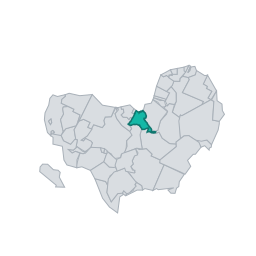 Cameroon on a map of Africa (Albers equal-area conic projection), rotated 116°
{"feature_id": "CMR", "entity_name": "Cameroon", "entity_type": "country or territory", "adm_level": 0, "iso_a3": "CMR", "parent_name": "Africa", "parent_adm1": "", "projection": "albers", "projection_center": [12.994, 7.377], "detail": "fine", "context": "in_parent", "style": "filled", "palette": "teal", "viewbox_px": 256, "rotation_deg": 116, "n_neighbors": 49, "source": "natural_earth", "source_scale": "50m", "svg_char_len": 13342}
<svg xmlns="http://www.w3.org/2000/svg" viewBox="0 0 256 256"><g transform="rotate(116 128 128)"><path d="M168.9,134.9L182.6,143.2L183.1,152.4L186.2,156.6L184.3,158.0L171.7,160.2L169.4,155.3L161.7,153.1L158.7,148.8L157.8,144.0L161.3,141.1L160.2,135.7L168.9,134.9Z" fill="#d9dde1" stroke="#a8b0b8" stroke-width="1"/><path d="M66.2,65.8L66.0,69.3L58.3,68.8L58.1,74.8L55.9,74.9L55.5,79.6L45.6,79.7L55.9,64.6L66.2,65.8Z" fill="#d9dde1" stroke="#a8b0b8" stroke-width="1"/><path d="M157.8,144.0L161.7,153.1L156.7,153.7L156.0,161.5L159.2,162.3L159.5,164.8L152.9,161.1L140.1,160.3L138.9,151.3L134.7,150.5L132.0,153.0L128.1,153.3L125.2,148.0L114.8,147.9L118.3,144.7L120.8,145.9L124.4,142.4L128.4,134.7L130.5,123.3L132.7,121.2L140.0,123.6L147.9,120.4L152.1,120.3L154.8,122.5L157.9,121.6L161.8,127.4L158.7,131.5L157.8,144.0Z" fill="#d9dde1" stroke="#a8b0b8" stroke-width="1"/><path d="M188.1,135.6L185.9,124.7L188.5,121.0L195.3,118.6L201.7,110.7L191.5,108.5L188.5,105.3L189.8,103.0L193.5,105.2L208.9,100.1L207.2,110.0L202.3,120.0L188.1,135.6Z" fill="#d9dde1" stroke="#a8b0b8" stroke-width="1"/><path d="M182.6,143.2L168.9,134.9L171.3,127.7L168.5,122.1L171.5,118.8L178.7,123.2L187.9,121.8L185.9,124.7L188.1,135.6L182.6,143.2Z" fill="#d9dde1" stroke="#a8b0b8" stroke-width="1"/><path d="M145.0,113.1L143.2,112.0L142.3,111.3L142.5,108.5L138.4,102.4L140.9,94.8L142.9,94.9L142.6,84.2L145.3,84.2L145.2,79.4L173.2,78.2L175.1,86.3L177.4,87.7L173.9,90.4L172.9,98.8L168.4,106.3L167.9,111.1L164.5,102.4L161.4,108.6L158.1,107.5L155.7,109.8L150.3,109.9L146.1,108.0L143.4,112.1L145.0,113.1Z" fill="#d9dde1" stroke="#a8b0b8" stroke-width="1"/><path d="M142.6,85.2L142.9,94.9L140.9,94.8L138.4,102.4L140.7,106.0L128.9,114.2L122.4,115.4L119.1,110.2L122.8,109.1L120.7,100.8L118.1,98.3L122.2,92.7L123.7,83.6L121.2,77.7L123.6,76.4L142.6,85.2Z" fill="#d9dde1" stroke="#a8b0b8" stroke-width="1"/><path d="M125.6,199.1L126.9,198.1L131.2,200.0L135.0,198.8L134.9,191.1L137.5,195.4L139.4,195.1L143.8,192.0L150.0,192.3L159.6,184.7L164.1,184.9L166.3,189.3L166.1,192.4L164.1,192.3L163.2,194.5L164.8,195.5L168.8,194.2L167.4,198.4L157.2,206.8L150.8,209.2L142.2,209.3L135.6,211.2L131.1,210.0L130.6,205.2L125.6,199.1ZM158.9,199.2L156.5,199.0L153.7,201.2L156.7,202.4L158.9,199.2Z" fill="#d9dde1" stroke="#a8b0b8" stroke-width="1"/><path d="M158.9,199.2L156.7,202.4L153.7,201.2L156.5,199.0L158.9,199.2Z" fill="#d9dde1" stroke="#a8b0b8" stroke-width="1"/><path d="M164.1,184.9L155.8,183.5L148.5,175.4L153.1,175.7L161.2,169.9L167.9,172.4L167.8,180.4L164.1,184.9Z" fill="#d9dde1" stroke="#a8b0b8" stroke-width="1"/><path d="M159.6,184.7L150.0,192.3L143.8,192.0L139.4,195.1L137.5,195.4L134.9,191.1L134.8,184.8L137.3,184.7L137.3,176.8L148.5,175.4L155.8,183.5L159.6,184.7Z" fill="#d9dde1" stroke="#a8b0b8" stroke-width="1"/><path d="M134.8,184.8L135.0,198.8L131.2,200.0L126.9,198.1L125.6,199.1L122.6,196.1L120.1,185.5L113.6,174.8L148.0,175.1L137.3,176.8L137.3,184.7L134.8,184.8Z" fill="#d9dde1" stroke="#a8b0b8" stroke-width="1"/><path d="M45.3,97.8L43.3,94.9L47.1,90.9L50.8,90.8L56.3,96.0L57.6,101.4L45.1,100.8L44.9,98.9L52.1,98.5L45.3,97.8Z" fill="#d9dde1" stroke="#a8b0b8" stroke-width="1"/><path d="M57.6,101.4L56.3,96.0L57.6,94.1L72.3,94.6L71.1,71.7L74.7,71.8L93.4,85.0L93.4,86.6L96.0,86.4L94.4,95.1L83.0,96.3L75.8,99.7L72.1,107.2L65.8,107.3L63.4,102.0L60.8,103.0L57.6,101.4Z" fill="#d9dde1" stroke="#a8b0b8" stroke-width="1"/><path d="M45.6,79.7L55.5,79.6L55.9,74.9L58.1,74.8L58.3,68.8L66.0,69.3L66.2,65.8L74.7,71.8L71.1,71.7L72.3,94.6L57.6,94.1L56.3,96.0L50.8,90.8L46.3,91.6L47.3,82.0L45.6,79.7Z" fill="#d9dde1" stroke="#a8b0b8" stroke-width="1"/><path d="M91.6,118.0L89.5,118.3L89.2,110.9L87.1,107.5L92.3,103.2L94.5,107.0L91.8,112.5L91.6,118.0Z" fill="#d9dde1" stroke="#a8b0b8" stroke-width="1"/><path d="M121.2,77.7L123.7,83.6L122.2,92.7L118.1,98.3L120.7,100.8L119.7,102.9L117.0,100.2L107.2,102.0L98.6,99.4L95.4,100.1L94.1,104.7L87.9,101.6L86.5,96.5L94.4,95.1L96.0,86.4L114.5,76.2L119.5,78.6L121.2,77.7Z" fill="#d9dde1" stroke="#a8b0b8" stroke-width="1"/><path d="M91.6,118.0L96.0,99.6L107.2,102.0L117.0,100.2L120.6,103.9L113.8,116.5L107.6,117.8L105.8,121.9L99.3,123.1L95.6,118.1L91.6,118.0Z" fill="#d9dde1" stroke="#a8b0b8" stroke-width="1"/><path d="M87.5,106.2L89.5,118.3L87.5,118.7L85.2,106.8L87.5,106.2Z" fill="#d9dde1" stroke="#a8b0b8" stroke-width="1"/><path d="M85.4,106.1L87.5,118.7L77.9,120.7L78.2,106.0L85.4,106.1Z" fill="#d9dde1" stroke="#a8b0b8" stroke-width="1"/><path d="M65.8,107.3L70.2,106.8L78.3,109.3L77.9,120.7L65.9,121.8L66.4,118.5L63.9,116.5L65.8,107.3Z" fill="#d9dde1" stroke="#a8b0b8" stroke-width="1"/><path d="M52.4,100.7L60.8,103.0L63.4,102.0L65.8,107.3L64.9,113.5L62.5,114.4L61.4,111.2L59.5,111.6L58.2,107.4L52.9,109.9L48.7,104.3L52.4,100.7Z" fill="#d9dde1" stroke="#a8b0b8" stroke-width="1"/><path d="M45.1,100.8L52.4,100.7L52.1,102.6L48.7,104.3L45.1,100.8Z" fill="#d9dde1" stroke="#a8b0b8" stroke-width="1"/><path d="M64.5,113.5L63.9,116.5L66.4,118.5L65.9,121.8L57.0,115.4L60.2,111.5L62.5,114.4L64.5,113.5Z" fill="#d9dde1" stroke="#a8b0b8" stroke-width="1"/><path d="M52.9,109.9L58.2,107.4L60.2,111.5L57.0,115.4L52.9,109.9Z" fill="#d9dde1" stroke="#a8b0b8" stroke-width="1"/><path d="M72.1,107.2L75.1,100.3L83.0,96.3L86.5,96.5L87.9,101.6L90.7,102.2L87.5,106.2L78.2,106.0L78.3,109.3L72.1,107.2Z" fill="#d9dde1" stroke="#a8b0b8" stroke-width="1"/><path d="M152.1,120.3L144.9,120.8L140.0,123.6L132.7,121.2L130.3,125.0L127.0,124.5L124.3,128.2L120.4,120.3L122.4,115.4L128.9,114.2L140.7,106.0L142.3,111.3L152.1,120.3Z" fill="#d9dde1" stroke="#a8b0b8" stroke-width="1"/><path d="M130.3,125.0L128.4,134.7L124.4,142.4L120.8,145.9L115.9,144.6L114.1,146.0L112.0,143.5L114.0,142.1L113.0,140.5L115.8,138.5L119.3,139.8L120.4,137.0L118.9,133.7L120.0,130.8L117.5,130.5L117.0,128.2L124.1,129.5L127.0,124.5L130.3,125.0Z" fill="#d9dde1" stroke="#a8b0b8" stroke-width="1"/><path d="M112.6,128.2L116.7,128.0L117.5,130.5L120.0,130.8L118.9,133.7L120.4,137.0L119.3,139.8L115.8,138.5L113.0,140.5L114.0,142.1L112.0,143.5L106.4,136.4L108.1,131.2L112.6,131.1L112.6,128.2Z" fill="#d9dde1" stroke="#a8b0b8" stroke-width="1"/><path d="M108.5,128.1L112.6,128.2L112.6,131.1L108.1,131.2L108.5,128.1Z" fill="#d9dde1" stroke="#a8b0b8" stroke-width="1"/><path d="M161.7,153.1L168.2,156.0L167.2,165.5L168.6,166.1L160.9,168.3L161.2,169.9L153.1,175.7L143.2,175.0L139.7,171.8L139.6,164.5L145.0,164.4L144.6,159.8L152.9,161.1L159.5,164.8L159.2,162.3L156.0,161.5L156.0,155.3L157.3,153.4L161.7,153.1Z" fill="#d9dde1" stroke="#a8b0b8" stroke-width="1"/><path d="M166.9,155.0L170.9,157.0L172.0,165.0L175.0,167.2L173.5,172.3L171.8,167.4L167.2,165.5L168.9,158.0L166.9,155.0Z" fill="#d9dde1" stroke="#a8b0b8" stroke-width="1"/><path d="M171.7,160.2L179.1,159.9L186.2,156.6L188.0,166.7L184.9,171.5L173.2,179.0L175.4,188.4L169.2,191.3L168.8,194.2L166.8,194.3L164.1,184.9L167.8,180.4L167.9,172.4L161.4,170.8L160.9,168.3L168.6,166.1L171.8,167.4L173.5,172.3L175.0,167.2L172.0,165.0L171.7,160.2Z" fill="#d9dde1" stroke="#a8b0b8" stroke-width="1"/><path d="M166.8,194.3L164.8,195.5L163.2,194.5L164.1,192.3L166.8,194.3Z" fill="#d9dde1" stroke="#a8b0b8" stroke-width="1"/><path d="M114.1,146.0L115.9,145.9L114.8,147.9L114.1,146.0ZM115.1,148.6L125.2,148.0L128.1,153.3L132.0,153.0L134.7,150.5L138.9,151.3L140.1,160.3L144.9,160.5L145.0,164.4L139.6,164.5L139.7,171.8L143.2,175.0L113.6,174.8L118.7,161.0L115.1,148.6Z" fill="#d9dde1" stroke="#a8b0b8" stroke-width="1"/><path d="M160.5,138.8L161.3,141.1L157.8,144.0L156.9,140.0L160.5,138.8Z" fill="#d9dde1" stroke="#a8b0b8" stroke-width="1"/><path d="M209.0,159.0L212.7,167.2L210.9,167.4L205.9,188.2L201.6,189.9L197.9,188.9L195.8,184.3L198.2,176.8L196.6,172.3L197.6,169.5L202.3,168.2L209.0,159.0Z" fill="#d9dde1" stroke="#a8b0b8" stroke-width="1"/><path d="M44.9,98.9L49.2,97.4L52.1,98.5L44.9,98.9Z" fill="#d9dde1" stroke="#a8b0b8" stroke-width="1"/><path d="M108.7,60.3L104.2,51.8L106.3,45.6L108.8,44.8L110.4,46.1L112.3,45.4L110.3,51.3L113.3,54.0L108.7,60.3Z" fill="#d9dde1" stroke="#a8b0b8" stroke-width="1"/><path d="M66.2,65.8L66.4,62.5L83.8,55.4L82.0,48.9L84.2,47.8L90.4,46.1L106.3,45.6L104.2,51.8L107.7,56.2L109.4,62.3L108.2,70.0L110.5,74.1L114.5,76.2L99.4,85.4L93.4,86.6L93.4,85.0L66.2,65.8Z" fill="#d9dde1" stroke="#a8b0b8" stroke-width="1"/><path d="M173.2,96.7L173.9,90.4L177.4,87.7L179.8,92.6L189.4,99.9L187.7,100.4L181.8,95.9L173.2,96.7Z" fill="#d9dde1" stroke="#a8b0b8" stroke-width="1"/><path d="M55.9,64.6L64.4,59.9L65.3,54.0L71.0,50.8L73.4,47.3L82.0,48.9L83.8,55.4L66.4,62.5L66.3,65.2L55.9,64.6Z" fill="#d9dde1" stroke="#a8b0b8" stroke-width="1"/><path d="M173.2,78.2L145.2,79.4L145.0,57.1L153.7,58.4L158.4,56.7L160.8,58.0L166.1,57.1L167.8,60.9L166.2,64.9L161.7,60.6L170.2,73.8L169.9,75.8L173.2,78.2Z" fill="#d9dde1" stroke="#a8b0b8" stroke-width="1"/><path d="M144.4,56.4L145.3,84.2L142.6,85.2L123.6,76.4L119.5,78.6L110.5,74.1L108.2,70.0L109.8,57.9L113.3,54.0L122.0,55.9L123.1,57.9L131.0,60.3L135.0,54.8L144.4,56.4Z" fill="#d9dde1" stroke="#a8b0b8" stroke-width="1"/><path d="M201.7,110.7L195.3,118.6L182.3,123.4L173.8,121.3L165.5,113.4L173.2,96.7L176.0,97.0L176.6,95.2L185.7,98.3L187.7,100.4L186.5,104.2L189.0,104.4L191.5,108.5L201.7,110.7Z" fill="#d9dde1" stroke="#a8b0b8" stroke-width="1"/><path d="M187.7,100.4L190.0,100.7L189.0,104.4L186.5,104.2L187.7,100.4Z" fill="#d9dde1" stroke="#a8b0b8" stroke-width="1"/><path d="M168.9,134.9L158.1,136.3L161.8,123.5L168.5,122.1L169.8,123.7L171.3,127.7L168.9,134.9Z" fill="#d9dde1" stroke="#a8b0b8" stroke-width="1"/><path d="M160.2,135.7L161.2,138.5L156.9,140.0L157.5,137.0L160.2,135.7Z" fill="#d9dde1" stroke="#a8b0b8" stroke-width="1"/><path d="M160.8,124.2L157.9,121.6L153.7,122.3L143.4,112.1L147.9,107.6L150.3,109.9L155.7,109.8L158.1,107.5L161.4,108.6L163.8,105.4L163.0,103.2L165.7,102.6L167.9,111.1L165.5,113.4L171.5,118.8L167.1,123.3L160.8,124.2Z" fill="#d9dde1" stroke="#a8b0b8" stroke-width="1"/><path d="M105.9,122.0L106.0,121.8L106.1,121.6L106.3,121.3L106.5,120.9L106.7,120.2L106.8,119.8L106.9,119.4L107.0,119.1L107.2,118.9L107.6,118.5L107.9,118.1L108.1,118.0L108.2,117.9L108.4,117.8L108.6,117.6L108.8,117.3L108.9,117.0L109.0,117.0L109.2,116.9L109.6,116.6L109.8,116.5L110.0,116.7L110.2,116.8L110.5,116.8L110.7,116.7L110.8,116.6L110.8,116.4L111.0,116.3L111.3,116.5L111.6,116.8L111.8,117.0L112.0,117.2L112.1,117.7L112.2,117.8L112.3,117.9L112.5,117.8L112.7,117.7L112.9,117.6L113.1,117.5L113.2,117.3L113.3,117.2L113.3,116.8L113.3,116.7L113.5,116.6L113.9,116.3L114.0,116.2L113.9,116.0L113.8,115.8L113.9,115.6L114.0,115.5L114.4,115.0L114.4,114.9L114.4,114.7L114.8,114.1L114.9,113.4L115.0,113.3L115.1,113.0L115.4,112.5L115.8,112.5L116.0,112.3L116.2,112.2L116.3,112.0L116.4,111.8L116.4,111.5L116.5,111.1L116.5,110.8L116.7,110.5L116.9,110.3L117.3,110.2L117.4,109.9L117.4,109.5L117.4,109.3L117.4,109.1L117.5,109.0L117.8,108.6L118.0,108.1L118.1,107.6L118.5,106.9L119.0,106.2L119.4,106.0L119.6,106.0L119.7,105.9L120.2,105.6L120.4,105.5L120.6,105.4L120.7,105.1L120.6,104.8L120.7,104.5L120.7,104.1L120.8,103.8L120.7,103.7L120.5,103.4L120.2,103.3L119.9,103.2L119.7,103.2L119.7,102.9L119.6,102.6L119.4,101.4L119.8,101.4L120.4,101.6L120.5,101.7L120.6,102.1L120.7,102.3L121.1,102.5L121.3,102.9L121.4,103.4L121.6,103.8L121.8,104.3L121.9,104.5L121.9,104.8L121.9,105.0L122.0,105.2L121.8,105.7L121.8,105.9L121.7,106.3L121.8,106.9L122.0,107.4L122.2,107.8L122.4,108.2L122.7,108.5L123.0,108.8L123.3,109.0L123.0,109.1L122.5,109.1L122.2,109.1L121.9,109.1L121.3,109.2L120.7,109.2L120.2,109.1L119.8,109.1L119.6,109.3L119.4,109.6L119.2,109.8L119.3,110.1L119.7,110.5L119.9,110.8L120.1,111.0L120.6,111.5L121.0,111.8L121.3,112.0L121.6,112.2L122.0,112.6L122.3,113.2L122.6,113.8L122.8,114.3L123.1,114.5L123.1,114.8L123.0,115.0L122.9,115.2L122.6,115.6L122.3,115.8L122.2,116.0L122.1,116.3L121.9,116.7L121.8,117.0L121.7,117.1L121.4,117.6L121.2,118.0L121.1,118.3L120.6,118.5L120.4,118.6L120.3,118.8L120.4,119.0L120.5,119.2L120.8,119.3L120.8,120.2L120.7,120.3L120.7,120.6L120.7,120.8L120.8,120.9L120.9,121.0L120.9,121.3L121.0,122.2L121.1,122.4L121.2,122.5L121.5,122.7L121.8,123.0L122.0,123.5L122.1,123.8L121.9,123.8L121.9,124.0L122.1,124.3L122.3,124.6L122.6,125.0L122.9,125.2L123.2,125.5L123.4,125.8L123.7,126.0L123.9,126.1L124.0,126.1L124.1,126.3L124.3,126.4L124.4,126.6L124.4,126.9L124.4,127.1L124.5,127.2L124.5,127.3L124.5,127.6L124.6,127.9L124.7,128.1L124.7,128.3L124.4,128.5L124.4,128.8L124.5,129.0L124.6,129.3L124.6,129.5L124.4,129.6L124.2,129.4L123.6,129.0L123.3,128.9L122.8,128.9L122.6,129.0L122.5,128.9L122.3,128.8L122.2,128.7L122.0,128.8L121.9,128.8L121.5,128.8L121.5,128.7L121.2,128.6L120.7,128.3L120.0,128.4L119.4,128.4L118.7,128.4L118.1,128.4L117.6,128.4L117.4,128.2L117.1,128.2L116.5,128.2L116.0,128.2L115.8,128.2L115.7,128.1L115.2,128.1L114.7,128.1L114.2,128.1L113.3,128.1L112.7,128.1L112.8,128.2L112.7,128.3L112.1,128.4L111.4,128.4L110.6,128.4L110.2,128.4L109.4,128.4L109.1,128.3L109.0,128.2L108.9,128.1L109.0,127.5L109.1,127.0L109.1,126.5L109.3,126.1L109.2,125.8L109.1,125.6L108.6,125.0L108.9,124.8L108.5,124.8L108.5,124.6L108.3,124.4L108.5,124.2L108.8,124.2L108.5,124.0L108.6,123.8L108.7,123.7L108.5,123.8L108.3,123.8L108.2,123.7L108.2,123.9L108.1,124.0L107.9,124.0L107.7,124.0L107.7,123.9L107.3,123.8L107.0,123.6L106.9,123.3L106.8,123.1L106.7,122.8L106.8,122.5L106.7,122.4L106.4,122.4L106.2,122.2L106.2,122.5L105.9,122.5L105.9,122.4L105.9,122.0L105.9,122.0Z" fill="#14b8a6" stroke="#0f766e" stroke-width="1.5"/></g></svg>